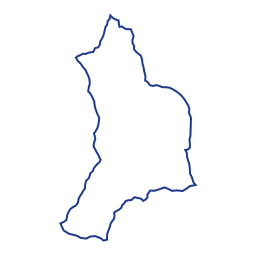 Vera Cruz, São Paulo, Brazil
{"feature_id": "56859067B10752098024653", "entity_name": "Vera Cruz", "entity_type": "district", "adm_level": 2, "iso_a3": "BRA", "parent_name": "Brazil", "parent_adm1": "São Paulo", "projection": "mercator", "projection_center": [-49.836, -22.226], "detail": "fine", "context": "isolated", "style": "outline", "palette": "blue", "viewbox_px": 256, "rotation_deg": 0, "n_neighbors": 0, "source": "geoboundaries", "source_scale": "gbopen_adm2", "svg_char_len": 2176}
<svg xmlns="http://www.w3.org/2000/svg" viewBox="0 0 256 256"><path d="M110.3,15.4L109.6,18.9L107.6,21.4L107.2,24.5L105.6,26.8L104.7,30.2L103.5,35.3L101.8,38.9L100.2,41.6L99.9,44.6L98.3,47.3L95.1,48.1L93.3,51.9L88.5,52.7L85.5,54.0L83.0,53.7L80.1,55.2L77.7,56.2L75.8,57.6L78.1,61.2L80.7,63.6L82.6,66.7L85.4,69.7L86.8,72.9L88.2,75.7L89.5,79.5L89.8,84.0L88.8,87.0L88.2,91.5L90.0,93.0L91.3,95.3L92.7,97.9L94.2,101.4L94.8,106.4L95.9,110.2L97.1,113.3L99.2,117.8L98.8,122.5L97.4,128.0L95.5,131.4L94.0,133.5L94.7,136.0L95.3,139.2L93.9,142.8L93.7,146.7L95.7,150.3L96.8,152.5L98.3,154.7L99.5,157.4L100.6,159.7L99.5,162.2L97.3,164.0L95.7,165.9L93.8,168.3L93.0,170.9L90.2,173.4L89.7,175.9L88.6,178.4L86.1,180.9L85.2,184.2L84.9,188.6L83.2,190.8L81.8,193.4L80.1,195.9L78.7,198.6L77.9,202.7L76.0,205.4L73.3,206.9L70.4,209.0L68.7,211.7L67.3,214.7L66.9,217.7L66.1,220.3L63.2,222.2L60.4,223.4L62.0,226.9L63.7,230.5L66.3,232.1L68.9,233.7L72.9,234.7L77.1,235.8L80.5,237.8L83.6,238.3L86.5,238.5L90.0,236.6L95.0,236.1L98.4,237.4L101.1,238.5L103.6,240.6L107.0,239.7L107.2,234.0L108.3,230.9L109.6,227.6L110.8,223.1L114.1,218.6L114.5,215.5L114.2,212.4L117.0,210.7L119.1,209.6L121.4,207.7L122.3,204.9L124.2,203.4L125.4,201.3L127.9,200.3L131.3,200.1L134.6,197.2L138.3,198.1L141.2,198.7L143.2,200.9L145.7,199.5L147.4,197.4L147.4,194.5L150.1,190.6L154.9,190.7L160.9,188.7L164.8,187.4L168.3,189.0L172.1,190.8L177.1,190.4L182.6,191.0L186.4,188.7L189.9,186.1L195.6,185.0L193.5,182.6L192.8,180.1L191.7,177.0L190.0,173.5L189.8,168.3L189.4,165.1L188.9,162.6L188.0,160.2L187.0,156.4L186.9,153.2L185.3,149.9L187.8,149.6L189.9,147.6L189.8,142.8L189.5,139.3L190.4,136.2L191.0,118.0L189.8,114.9L188.9,112.6L189.4,108.7L188.0,105.2L185.2,100.5L183.4,98.0L181.2,95.4L178.9,93.3L176.1,91.3L172.6,89.1L169.5,87.7L165.5,87.2L162.2,87.2L159.7,86.1L156.3,85.1L153.0,86.0L150.0,85.2L147.6,82.0L145.1,80.5L145.5,76.6L144.2,71.0L143.4,66.8L142.5,63.7L142.1,59.8L140.9,55.8L138.4,53.7L136.2,51.9L133.9,49.2L134.2,46.3L132.5,43.0L132.4,40.2L133.6,36.5L132.3,32.8L130.8,29.2L127.2,29.2L124.8,28.6L122.0,26.5L119.6,26.9L118.9,24.2L118.6,20.6L115.2,19.3L112.7,17.9L110.3,15.4Z" fill="none" stroke="#1e3a8a" stroke-width="2"/></svg>